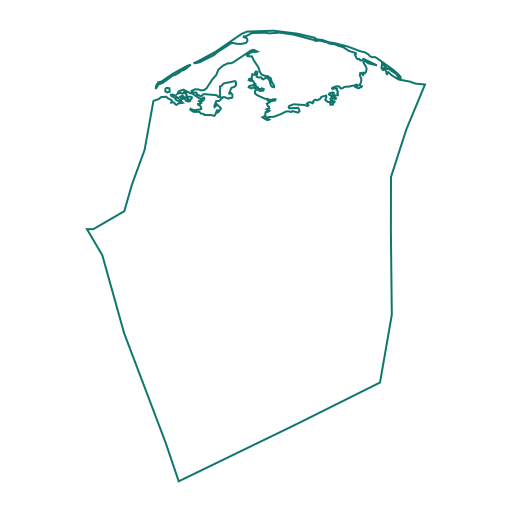 Bir Al-Abd, Shamal Sina', Egypt
{"feature_id": "37247803B3069705007202", "entity_name": "Bir Al-Abd", "entity_type": "district", "adm_level": 2, "iso_a3": "EGY", "parent_name": "Egypt", "parent_adm1": "Shamal Sina'", "projection": "robinson", "projection_center": [33.135, 30.752], "detail": "fine", "context": "isolated", "style": "outline", "palette": "teal", "viewbox_px": 512, "rotation_deg": 0, "n_neighbors": 0, "source": "geoboundaries", "source_scale": "gbopen_adm2", "svg_char_len": 5760}
<svg xmlns="http://www.w3.org/2000/svg" viewBox="0 0 512 512"><path d="M380.0,382.5L391.8,314.8L390.9,231.7L391.0,177.0L406.3,129.5L425.0,84.5L415.9,83.7L409.9,81.6L398.6,79.5L392.0,75.5L388.2,72.1L387.0,74.2L386.4,73.7L386.6,72.3L384.2,68.1L383.6,68.1L383.5,69.9L382.9,70.0L381.6,68.4L381.5,66.8L381.9,65.9L382.0,64.1L385.7,66.8L386.3,68.7L387.6,69.0L388.2,67.9L390.5,70.2L396.3,74.0L398.7,77.7L399.8,78.6L400.7,78.2L400.5,76.9L398.5,74.5L393.3,69.9L376.7,58.0L375.0,57.1L372.1,57.2L370.0,56.3L368.6,54.6L365.4,52.5L360.1,51.2L348.3,46.7L334.9,43.2L328.6,42.2L322.4,40.0L316.7,39.3L314.7,37.7L297.6,33.7L273.5,30.7L247.0,31.6L241.4,34.0L215.7,51.7L197.2,61.7L193.5,63.2L196.1,63.1L199.7,62.2L214.1,55.0L217.0,52.4L231.4,43.1L233.2,42.9L235.9,43.7L240.5,44.0L245.8,43.0L247.4,41.2L247.2,38.8L246.4,38.0L243.7,37.1L243.9,36.3L245.8,36.3L252.0,33.0L265.2,32.7L269.3,33.4L279.5,32.6L293.1,34.5L314.3,40.1L314.8,39.5L315.6,39.8L315.7,40.9L319.9,40.6L327.1,42.4L329.6,43.7L334.6,44.2L338.0,45.7L343.2,47.2L349.0,51.0L355.7,53.0L356.0,53.9L354.9,54.8L356.8,58.6L358.2,59.3L359.2,58.9L360.2,60.2L361.2,60.6L362.7,59.9L363.5,58.8L377.0,65.4L368.2,63.3L365.3,61.1L363.7,61.5L363.4,62.5L366.1,67.0L366.6,69.0L366.0,71.8L365.2,73.0L363.4,72.6L363.1,73.7L363.5,74.5L363.0,75.1L361.5,73.0L360.2,73.1L359.9,75.5L361.2,78.4L361.3,80.2L361.0,82.3L359.6,85.1L361.9,86.3L361.3,87.2L360.4,87.1L359.0,88.2L357.6,88.2L357.2,87.5L357.6,85.1L356.7,84.5L355.9,84.8L356.1,86.4L355.3,87.1L354.1,85.4L348.2,86.7L345.9,86.7L343.9,87.2L342.8,88.1L340.9,88.5L338.9,86.3L336.3,86.3L332.3,87.8L332.1,88.6L332.6,89.1L334.6,88.2L337.0,88.7L336.5,89.8L338.0,91.7L337.3,93.1L338.1,94.4L337.8,95.3L333.1,95.5L332.5,95.3L332.7,94.3L333.8,93.9L333.8,92.9L332.3,92.4L329.5,93.3L328.9,94.4L329.7,95.1L330.6,95.1L331.6,96.8L334.7,96.9L336.1,98.4L335.9,98.9L335.0,99.1L333.7,98.4L332.8,98.3L332.1,98.9L331.3,98.3L330.4,98.6L331.0,100.2L334.6,101.6L334.3,102.4L332.7,102.2L333.0,104.4L331.6,104.9L330.5,104.7L330.1,103.8L331.1,102.3L330.8,101.6L328.0,102.1L325.3,100.0L326.4,96.8L326.1,95.6L323.3,96.3L321.5,96.8L320.2,98.8L317.3,100.3L315.3,99.7L313.8,100.4L313.2,101.5L313.5,102.3L312.4,103.3L310.5,102.1L307.7,102.8L307.0,103.4L308.5,105.3L307.6,106.0L304.5,105.0L293.6,104.3L289.3,105.9L288.7,106.8L288.7,107.7L289.3,108.3L298.1,107.9L299.0,109.3L299.5,111.3L298.1,112.6L292.4,111.1L291.0,112.1L289.5,111.5L286.2,111.4L280.9,114.1L273.8,116.8L269.2,117.0L266.3,117.7L266.6,118.3L269.3,119.5L268.4,120.0L266.5,119.8L262.4,117.3L265.6,115.7L265.2,114.1L265.6,112.1L267.8,111.8L269.2,111.0L267.9,110.6L266.4,109.4L267.9,108.7L269.3,108.7L269.0,106.7L267.8,106.0L266.9,103.7L269.7,102.3L268.4,101.0L271.0,101.2L275.1,100.5L275.5,99.3L273.3,99.2L271.4,99.9L269.3,99.8L267.3,98.8L265.0,98.8L256.7,95.0L255.0,93.4L254.9,91.5L256.0,89.6L258.1,89.8L260.0,91.0L263.3,90.6L263.8,89.2L261.8,88.3L260.4,89.1L258.5,88.6L257.7,87.3L256.4,87.6L255.4,88.6L254.5,88.1L254.9,87.3L256.5,86.7L256.0,86.3L251.4,88.4L248.7,87.3L249.2,86.1L253.7,84.9L255.6,84.9L255.4,83.9L253.8,82.8L253.5,81.3L252.4,80.7L250.5,80.9L248.7,80.1L249.2,78.9L250.1,78.7L251.4,79.4L252.0,79.0L251.7,77.3L252.4,74.1L254.6,75.0L255.3,74.6L255.1,72.5L256.1,71.4L257.4,72.1L257.2,74.1L256.6,75.3L256.7,76.7L258.4,77.5L260.6,77.2L261.9,78.1L262.1,78.9L263.3,79.4L265.9,77.7L267.8,78.1L269.4,80.5L270.8,85.3L272.1,86.8L274.1,87.2L274.0,85.5L271.8,82.0L270.8,78.3L267.9,76.2L265.4,76.0L261.4,74.5L259.7,71.4L258.4,67.3L253.7,60.2L251.9,56.4L247.6,56.2L247.1,55.4L250.1,52.9L254.2,51.3L254.7,52.2L257.3,51.6L253.7,49.8L251.0,50.5L233.1,62.4L230.9,63.3L228.2,63.2L223.2,65.5L218.3,69.7L216.3,74.9L212.3,79.4L206.5,88.4L204.0,90.2L200.9,90.3L198.2,89.4L195.0,89.3L191.5,90.9L191.6,92.0L192.4,92.4L196.1,92.5L196.8,93.2L196.8,94.4L197.3,95.0L198.4,94.9L200.4,96.3L201.8,95.7L202.7,94.7L204.4,94.1L216.6,95.2L218.3,96.9L220.7,97.2L219.7,95.5L220.2,94.4L219.8,90.2L220.2,88.4L219.9,86.5L221.1,86.2L223.7,83.4L235.0,81.1L236.0,82.2L236.0,85.3L234.3,86.9L231.4,87.8L229.1,93.4L229.9,93.8L231.3,93.1L232.3,94.6L232.5,96.9L231.7,98.0L229.5,97.9L228.7,98.7L224.5,97.1L223.0,97.1L222.5,97.9L220.9,98.8L220.6,99.7L219.3,100.9L216.2,101.1L214.3,106.2L214.6,107.1L215.9,105.9L216.8,104.2L220.5,107.8L220.9,108.7L218.0,112.4L217.3,112.6L218.2,110.4L216.9,110.4L215.1,115.0L214.1,115.9L211.8,115.1L204.4,115.0L203.6,113.9L200.9,113.6L199.5,111.9L193.7,111.9L190.3,109.8L190.6,108.8L193.6,110.1L195.3,110.1L201.1,109.2L201.3,107.6L200.0,105.6L198.1,104.7L198.1,104.0L199.9,103.9L201.3,102.9L199.0,101.2L199.7,100.8L201.7,101.1L203.4,100.4L204.4,98.5L203.8,97.6L202.9,97.8L201.3,99.1L199.2,98.3L192.6,93.7L190.1,93.1L183.4,89.7L178.7,91.3L177.4,93.8L180.8,92.9L182.3,93.5L183.7,93.2L184.1,92.0L186.2,93.0L185.7,93.7L186.8,95.3L186.4,96.5L187.1,96.9L190.6,96.7L191.9,97.4L191.6,98.7L190.0,99.9L190.3,100.7L189.6,101.4L188.1,101.5L184.9,100.3L187.7,100.1L188.7,99.5L186.8,97.7L185.1,98.1L184.4,98.8L182.8,98.6L181.5,99.4L180.0,101.5L181.8,101.9L182.8,102.8L178.4,103.4L176.5,104.9L175.2,104.3L174.6,103.1L173.5,102.3L171.2,102.6L171.9,100.9L171.5,100.0L168.5,98.7L166.1,96.7L160.9,97.2L158.8,99.0L154.0,100.7L153.4,101.1L144.6,149.9L131.8,185.0L124.3,211.2L93.4,229.1L87.0,229.2L102.3,255.2L124.2,333.4L165.5,442.3L178.7,481.3L296.0,424.4L380.0,382.5ZM155.6,89.0L158.6,84.4L162.5,83.0L172.8,75.5L175.2,74.9L179.3,72.5L180.8,71.2L180.1,70.6L182.3,69.5L182.4,70.4L185.0,69.4L190.9,64.6L186.9,66.0L172.6,73.9L161.6,81.5L158.3,82.3L156.2,85.6L155.6,89.0ZM171.3,95.9L174.6,97.7L176.1,100.0L177.8,100.8L180.8,99.5L181.3,98.6L183.9,97.0L182.6,95.7L181.8,95.8L178.5,98.0L177.3,97.9L176.6,97.7L176.6,96.7L175.1,95.4L172.5,94.5L170.9,94.8L171.3,95.9ZM165.3,91.4L167.1,92.4L169.7,91.7L169.4,88.3L166.6,87.8L165.4,89.1L165.3,91.4Z" fill="none" stroke="#0f766e" stroke-width="2"/></svg>